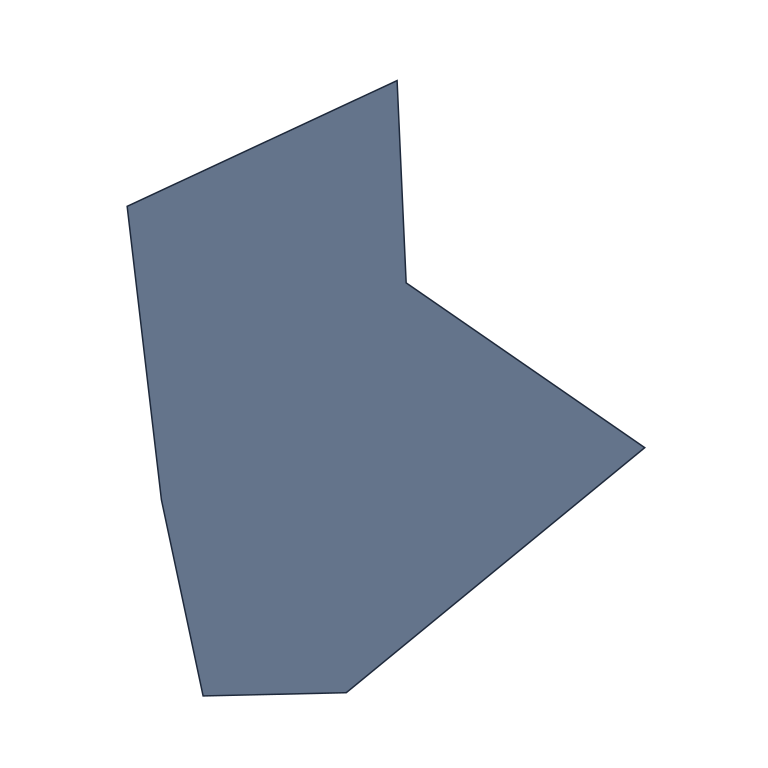 map outline of English River (orthographic projection), rotated 168°
{"feature_id": "SYC-5213", "entity_name": "English River", "entity_type": "state/province", "adm_level": 1, "iso_a3": "SYC", "parent_name": "Seychelles", "parent_adm1": "", "projection": "orthographic", "projection_center": [55.454, -4.609], "detail": "fine", "context": "isolated", "style": "filled", "palette": "slate", "viewbox_px": 768, "rotation_deg": 168, "n_neighbors": 0, "source": "natural_earth", "source_scale": "10m", "svg_char_len": 266}
<svg xmlns="http://www.w3.org/2000/svg" viewBox="0 0 768 768"><g transform="rotate(168 384 384)"><path d="M625.8,116.5L625.8,317.0L598.3,611.2L308.1,678.1L341.3,478.3L142.2,267.5L485.1,89.9L625.8,116.5Z" fill="#64748b" stroke="#1e293b" stroke-width="1.5"/></g></svg>